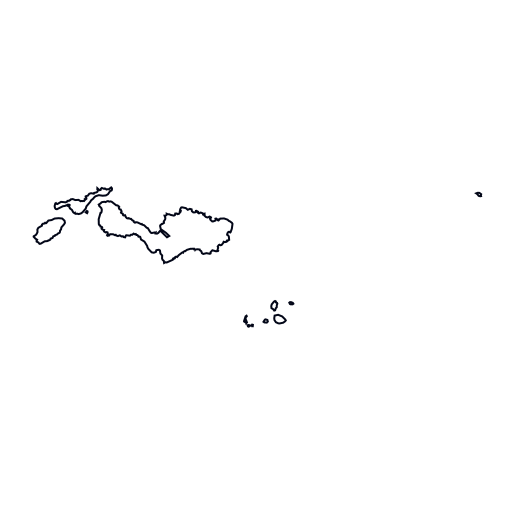 the district of Kepulauan Talaud, Sulawesi Utara, Indonesia, rotated 92°
{"feature_id": "22746128B45484540858108", "entity_name": "Kepulauan Talaud", "entity_type": "district", "adm_level": 2, "iso_a3": "IDN", "parent_name": "Indonesia", "parent_adm1": "Sulawesi Utara", "projection": "orthographic", "projection_center": [126.807, 4.647], "detail": "fine", "context": "isolated", "style": "outline", "palette": "ink", "viewbox_px": 512, "rotation_deg": 92, "n_neighbors": 0, "source": "geoboundaries", "source_scale": "gbopen_adm2", "svg_char_len": 6166}
<svg xmlns="http://www.w3.org/2000/svg" viewBox="0 0 512 512"><g transform="rotate(92 256 256)"><path d="M229.6,281.1L224.7,280.6L223.7,281.2L222.3,283.2L221.9,284.3L220.7,285.7L219.6,289.2L219.9,293.1L221.8,294.7L221.6,295.4L220.8,295.6L221.0,296.0L220.6,296.7L220.0,297.0L220.0,297.5L220.1,297.8L220.9,297.5L222.0,297.8L222.9,299.9L223.0,300.9L221.5,302.7L220.3,303.3L219.6,302.5L219.0,302.3L218.2,303.7L219.2,305.9L218.7,307.5L217.2,309.2L216.6,309.2L216.6,308.8L215.5,308.9L216.2,310.4L215.2,310.7L214.5,312.8L215.4,314.5L214.8,315.5L213.8,315.4L212.9,317.2L213.0,317.6L214.2,317.6L214.6,318.8L214.6,320.2L213.5,321.6L211.6,322.0L211.2,323.8L212.2,325.8L210.6,327.8L209.9,331.7L210.2,332.5L211.7,333.3L212.6,333.5L213.2,332.9L213.6,333.3L213.7,333.0L214.2,333.3L214.5,333.0L216.7,334.7L216.5,335.4L216.9,336.0L216.3,336.9L216.4,338.2L218.0,338.5L218.5,339.5L217.9,342.8L217.3,344.2L217.4,345.5L216.9,346.7L217.7,346.6L218.4,347.3L218.9,347.8L218.9,348.8L221.2,347.9L222.6,348.1L224.7,349.4L226.1,349.1L227.2,350.7L227.2,351.2L228.7,352.8L229.4,352.9L232.5,352.1L235.9,346.9L239.0,343.4L240.4,345.6L234.7,351.8L234.4,352.9L236.4,354.5L237.1,355.7L237.0,357.3L236.2,357.2L236.4,357.5L236.0,358.0L236.7,361.0L236.4,361.9L235.2,362.9L231.9,365.1L231.6,366.2L229.2,368.8L228.7,370.6L228.0,371.2L228.3,371.7L226.6,375.5L226.4,377.2L226.9,378.0L226.8,378.5L226.0,379.4L225.1,379.6L224.6,380.9L223.3,382.1L223.4,382.6L222.6,384.6L223.0,385.1L222.7,386.4L221.5,387.5L219.8,388.3L220.1,389.6L220.0,390.0L219.6,390.4L218.4,390.6L217.6,392.3L217.2,392.5L216.0,391.9L214.3,392.8L214.1,394.0L213.2,394.6L212.2,394.8L211.7,394.4L211.3,394.7L210.3,396.1L210.2,397.5L206.9,402.0L206.5,403.2L206.8,404.6L206.3,405.8L206.5,406.7L207.4,408.3L207.1,409.4L207.5,411.6L207.8,412.3L208.7,413.0L209.9,414.7L210.1,414.4L211.2,414.6L213.6,412.2L215.2,411.7L217.4,411.9L218.2,412.3L218.3,412.9L224.7,414.5L229.6,414.2L230.7,413.6L230.9,412.8L232.0,412.5L232.3,411.1L232.8,410.7L234.1,411.3L234.9,410.4L235.3,408.7L236.2,409.0L236.8,408.7L237.7,407.1L237.3,406.1L237.6,405.2L239.2,404.8L240.4,405.6L241.0,405.1L240.6,403.4L239.6,402.9L239.3,402.4L239.3,399.5L240.1,397.7L239.7,396.9L240.4,396.4L240.9,394.7L240.1,392.8L241.2,391.1L240.9,389.7L241.7,389.0L241.9,387.4L240.1,386.8L239.8,386.3L240.1,382.7L239.1,381.7L239.1,380.4L237.9,379.1L238.5,378.0L238.2,376.9L239.2,376.3L239.2,375.3L239.6,374.8L240.8,374.1L240.6,373.0L240.9,372.4L243.5,371.5L245.5,368.0L249.8,365.1L251.1,364.8L252.6,363.9L256.0,360.4L256.3,358.3L255.7,356.8L255.3,356.1L253.8,355.9L253.5,355.2L253.2,353.3L253.8,352.2L256.9,351.6L258.7,349.8L261.7,349.8L263.0,349.3L264.0,348.0L266.2,347.6L265.4,346.2L265.6,345.0L263.0,339.7L262.3,338.6L261.7,338.9L261.2,338.5L261.4,338.1L261.1,337.0L260.1,336.9L259.4,335.8L259.8,334.8L257.9,333.3L255.2,330.0L254.9,329.4L255.1,329.0L254.6,328.9L253.6,327.5L253.7,327.0L252.3,325.3L251.1,321.8L250.9,318.2L251.5,318.1L251.6,317.1L251.9,317.0L251.6,316.8L251.3,314.5L251.5,312.5L252.2,312.3L253.1,310.9L255.1,310.1L255.8,308.8L254.9,305.6L255.4,302.2L255.0,301.5L253.9,301.6L251.8,299.8L252.7,296.1L252.4,294.2L252.1,294.0L251.4,294.7L249.1,294.1L247.9,294.6L246.4,293.6L246.0,292.9L246.5,291.9L246.2,290.8L244.2,289.3L242.9,288.8L243.2,287.6L243.0,286.4L242.4,285.4L241.7,285.7L241.4,285.4L241.4,284.4L240.8,283.4L237.6,283.8L236.5,284.4L235.8,285.6L235.3,285.6L234.0,285.2L232.9,284.4L232.7,283.7L233.4,282.6L233.0,282.2L229.6,281.1ZM234.2,451.5L231.0,448.9L229.5,448.1L227.4,448.6L225.3,451.0L225.1,454.6L225.6,458.6L227.2,461.5L227.8,464.7L230.5,466.8L230.6,467.6L230.2,468.0L231.0,468.8L231.2,470.1L232.1,471.0L233.2,471.0L235.4,474.5L237.1,475.4L239.7,475.2L241.4,475.9L242.8,476.9L244.0,478.8L244.5,478.9L246.4,477.0L247.4,475.3L248.6,475.9L249.3,475.7L250.0,474.0L251.4,472.8L251.2,471.6L248.7,467.7L248.4,465.2L248.1,464.4L247.6,464.1L247.4,462.9L246.7,462.1L245.8,461.9L245.1,460.0L243.4,459.3L242.9,457.8L242.4,457.7L241.3,455.4L240.4,454.7L239.7,453.2L238.9,452.8L237.4,452.7L236.3,451.8L234.2,451.5ZM194.9,402.3L193.4,402.3L192.5,403.1L194.5,405.6L194.5,407.1L194.8,407.8L193.9,409.0L193.8,409.6L194.2,410.1L193.4,412.5L194.2,413.3L195.4,413.6L195.7,414.7L193.8,416.9L195.0,416.9L195.5,416.3L197.0,416.5L197.5,416.9L198.1,418.0L198.6,420.0L199.4,420.3L199.0,423.0L199.6,424.8L201.5,426.1L202.3,428.3L202.8,428.4L203.8,427.6L204.7,427.5L205.3,428.2L205.2,429.0L205.9,428.9L207.0,429.7L206.8,430.2L207.2,430.9L207.1,432.4L207.4,433.1L206.1,435.3L206.4,438.6L205.5,441.1L205.8,443.0L206.7,443.6L206.8,444.3L207.3,444.6L207.5,446.3L208.1,446.4L209.0,448.1L208.7,452.7L211.0,456.4L210.8,457.3L210.1,457.8L210.5,458.4L213.1,459.0L214.9,458.6L216.0,457.8L216.2,456.6L213.0,450.7L212.6,448.6L211.9,447.2L212.3,446.3L211.3,446.0L211.2,444.6L211.6,444.0L213.0,444.8L214.1,443.8L214.9,443.7L216.3,441.6L218.7,440.2L219.5,439.0L219.2,438.5L219.8,438.4L220.2,437.5L219.9,436.4L220.3,434.8L220.0,433.7L219.5,432.3L218.3,430.8L214.5,427.8L212.3,427.2L207.6,423.5L206.2,422.8L204.2,420.5L203.4,420.1L201.9,418.5L200.7,415.2L201.1,411.3L200.7,408.1L199.4,406.1L195.8,403.8L195.7,402.8L194.9,402.3ZM319.4,235.3L321.5,233.8L322.5,231.4L322.6,230.1L321.7,226.5L320.3,224.7L319.4,224.0L318.5,224.5L315.5,227.7L314.0,231.8L314.9,235.3L317.5,235.6L319.4,235.3ZM302.9,233.0L302.1,233.4L301.7,234.5L300.7,234.6L300.3,235.4L301.0,236.5L303.8,238.6L305.6,239.0L307.6,238.7L308.6,236.9L309.9,235.9L309.6,235.0L307.5,234.4L306.5,233.5L304.5,233.5L302.9,233.0ZM321.1,241.9L319.5,242.4L319.0,244.2L319.3,244.9L321.5,246.2L322.1,245.3L322.2,242.9L321.1,241.9ZM187.8,33.4L186.4,33.1L185.1,35.0L185.1,36.7L185.7,38.1L186.4,37.0L188.1,35.6L188.5,34.0L188.3,33.2L187.8,33.4ZM323.5,263.4L322.7,262.7L319.1,264.3L317.7,264.0L316.5,263.1L316.0,263.4L316.7,264.3L321.6,265.7L321.9,265.6L323.1,263.5L323.5,263.4ZM302.4,217.0L301.5,217.6L300.9,219.3L300.9,220.4L301.5,221.1L302.8,220.4L303.1,219.6L303.0,217.7L302.4,217.0ZM326.9,260.8L325.7,259.1L325.2,261.0L325.5,262.0L326.6,261.6L326.9,260.8ZM217.3,425.9L216.9,426.6L218.3,427.7L219.1,426.3L218.3,425.9L217.3,425.9ZM326.3,256.8L324.9,256.7L324.7,257.5L325.5,258.0L325.7,257.5L326.3,257.4L326.3,256.8Z" fill="none" stroke="#020617" stroke-width="2"/></g></svg>